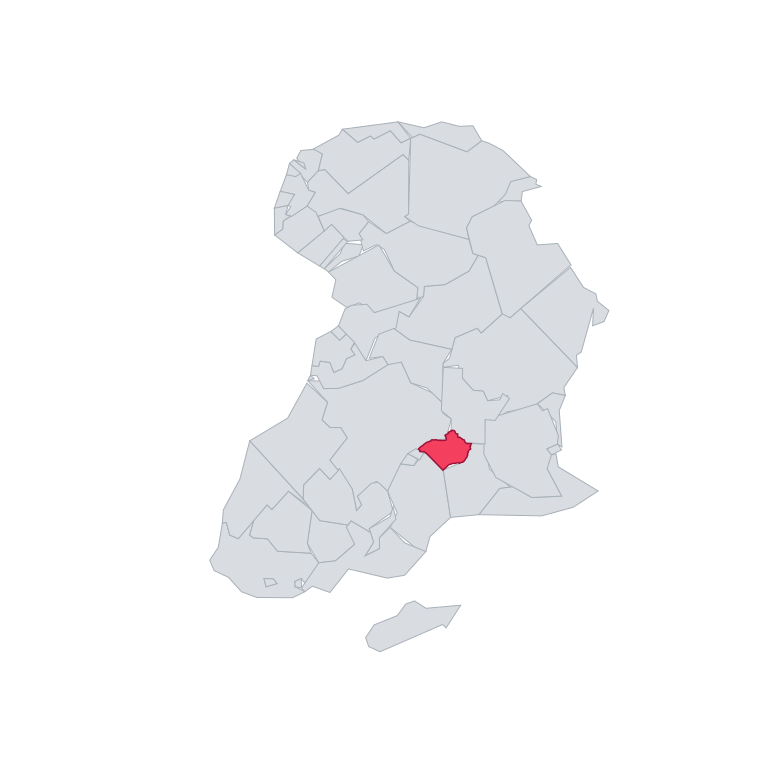 Africa, with Uganda highlighted, rotated 46°
{"feature_id": "UGA", "entity_name": "Uganda", "entity_type": "country or territory", "adm_level": 0, "iso_a3": "UGA", "parent_name": "Africa", "parent_adm1": "", "projection": "orthographic", "projection_center": [32.128, 1.375], "detail": "fine", "context": "in_parent", "style": "filled", "palette": "rose", "viewbox_px": 768, "rotation_deg": 46, "n_neighbors": 49, "source": "natural_earth", "source_scale": "50m", "svg_char_len": 12366}
<svg xmlns="http://www.w3.org/2000/svg" viewBox="0 0 768 768"><g transform="rotate(46 384 384)"><path d="M487.0,401.1L526.2,428.8L525.7,456.9L533.6,470.3L527.7,474.6L491.5,479.2L485.6,463.8L463.5,455.9L455.2,442.5L453.0,427.5L463.5,419.1L461.0,402.5L487.0,401.1Z" fill="#d9dde1" stroke="#a8b0b8" stroke-width="1"/><path d="M225.8,194.1L222.5,204.3L206.3,203.6L201.0,221.1L196.2,221.6L192.0,235.2L171.8,237.0L205.1,191.9L225.8,194.1Z" fill="#d9dde1" stroke="#a8b0b8" stroke-width="1"/><path d="M453.0,427.5L463.5,455.9L448.7,457.3L446.3,481.1L455.4,484.0L456.1,491.8L437.5,479.8L401.1,475.9L397.2,448.0L385.3,445.4L377.8,453.1L366.7,453.6L358.0,437.4L328.7,436.5L338.4,427.0L345.4,430.6L355.3,420.0L366.8,396.9L373.6,362.5L380.4,356.3L401.8,363.9L425.7,354.8L438.5,355.0L446.2,362.1L455.8,359.8L466.6,377.6L456.9,389.6L453.0,427.5Z" fill="#d9dde1" stroke="#a8b0b8" stroke-width="1"/><path d="M543.9,406.5L539.4,373.2L547.7,362.3L568.3,356.5L588.0,334.1L558.2,325.6L549.8,315.4L553.8,308.8L564.6,316.2L609.7,304.3L604.1,333.4L588.4,362.2L543.9,406.5Z" fill="#d9dde1" stroke="#a8b0b8" stroke-width="1"/><path d="M526.2,428.8L487.0,401.1L495.4,379.8L487.7,362.4L497.3,353.0L518.3,367.2L545.8,364.7L539.4,373.2L543.9,406.5L526.2,428.8Z" fill="#d9dde1" stroke="#a8b0b8" stroke-width="1"/><path d="M418.1,332.7L412.6,329.5L410.1,327.3L411.0,319.0L400.0,300.6L408.6,278.1L414.8,278.6L415.9,247.2L423.9,247.3L424.6,233.2L506.5,233.3L511.5,257.1L518.2,261.5L507.4,269.0L503.7,293.6L489.3,315.1L487.4,329.4L478.2,303.2L468.0,321.1L458.1,317.6L450.5,324.2L434.3,323.6L422.1,317.6L413.2,329.8L418.1,332.7Z" fill="#d9dde1" stroke="#a8b0b8" stroke-width="1"/><path d="M415.7,250.2L414.8,278.6L408.6,278.1L400.0,300.6L406.2,311.2L370.2,335.0L350.9,338.4L342.3,322.6L353.1,319.4L348.5,294.8L341.8,287.2L354.9,271.0L361.8,244.2L356.8,226.9L363.9,223.1L415.7,250.2Z" fill="#d9dde1" stroke="#a8b0b8" stroke-width="1"/><path d="M371.7,596.8L374.2,593.6L385.5,599.9L394.1,596.2L391.5,571.9L399.4,585.6L404.0,584.9L414.5,575.3L430.3,576.8L455.1,554.0L467.3,555.1L472.4,569.4L471.8,579.3L466.5,578.5L464.1,585.2L468.1,588.8L478.4,585.2L474.2,598.3L449.3,623.7L434.6,630.8L414.8,630.2L400.4,635.8L389.7,631.8L386.3,616.5L371.7,596.8ZM453.2,599.6L447.3,598.9L440.6,605.5L447.9,609.7L453.2,599.6Z" fill="#d9dde1" stroke="#a8b0b8" stroke-width="1"/><path d="M453.2,599.6L447.9,609.7L440.6,605.5L447.3,598.9L453.2,599.6Z" fill="#d9dde1" stroke="#a8b0b8" stroke-width="1"/><path d="M467.3,555.1L445.3,549.8L425.1,523.7L437.7,525.1L460.4,507.9L478.9,516.5L477.5,541.7L467.3,555.1Z" fill="#d9dde1" stroke="#a8b0b8" stroke-width="1"/><path d="M455.1,554.0L430.3,576.8L414.5,575.3L404.0,584.9L399.4,585.6L391.5,571.9L389.7,552.1L396.4,551.9L394.8,527.2L425.1,523.7L445.3,549.8L455.1,554.0Z" fill="#d9dde1" stroke="#a8b0b8" stroke-width="1"/><path d="M389.7,552.1L394.1,596.2L385.5,599.9L374.2,593.6L371.7,596.8L363.0,587.1L352.3,553.7L331.6,520.0L423.7,522.5L394.8,527.2L396.4,551.9L389.7,552.1Z" fill="#d9dde1" stroke="#a8b0b8" stroke-width="1"/><path d="M161.0,290.0L158.3,281.6L168.0,269.4L175.7,268.5L185.0,283.1L185.8,299.0L159.7,298.8L159.9,293.2L175.0,291.0L161.0,290.0Z" fill="#d9dde1" stroke="#a8b0b8" stroke-width="1"/><path d="M185.8,299.0L185.0,283.1L188.6,277.6L222.1,277.5L232.1,210.8L240.4,210.9L278.8,248.3L278.1,252.8L285.1,252.2L277.4,277.9L247.7,281.7L228.7,292.3L217.7,314.9L202.5,315.8L198.4,300.3L192.3,303.6L185.8,299.0Z" fill="#d9dde1" stroke="#a8b0b8" stroke-width="1"/><path d="M171.8,237.0L192.0,235.2L196.2,221.6L201.0,221.1L206.3,203.6L222.5,204.3L225.8,194.1L240.4,210.9L232.1,210.8L222.1,277.5L188.6,277.6L185.0,283.1L175.7,268.5L165.9,271.6L173.6,243.5L171.8,237.0Z" fill="#d9dde1" stroke="#a8b0b8" stroke-width="1"/><path d="M265.0,346.1L259.6,346.9L259.8,324.8L255.1,314.8L269.5,302.0L274.5,313.1L266.3,329.5L265.0,346.1Z" fill="#d9dde1" stroke="#a8b0b8" stroke-width="1"/><path d="M356.8,226.9L361.8,244.2L354.9,271.0L341.8,287.2L348.5,294.8L345.2,301.0L338.2,292.8L310.2,298.2L287.4,290.3L278.6,292.7L273.9,306.3L258.5,297.4L256.5,282.2L277.4,277.9L285.1,252.2L338.9,222.5L351.8,229.4L356.8,226.9Z" fill="#d9dde1" stroke="#a8b0b8" stroke-width="1"/><path d="M265.0,346.1L280.4,291.1L310.2,298.2L338.2,292.8L347.7,303.9L326.0,341.4L308.6,345.3L303.1,357.6L285.4,361.2L275.6,346.2L265.0,346.1Z" fill="#d9dde1" stroke="#a8b0b8" stroke-width="1"/><path d="M347.6,298.3L353.1,319.4L342.3,322.6L352.1,336.4L344.6,358.3L354.7,380.8L310.5,376.3L302.9,359.7L305.0,352.4L314.8,340.9L326.0,341.4L347.6,298.3Z" fill="#d9dde1" stroke="#a8b0b8" stroke-width="1"/><path d="M256.3,310.9L259.6,346.9L254.4,348.4L250.1,313.0L256.3,310.9Z" fill="#d9dde1" stroke="#a8b0b8" stroke-width="1"/><path d="M250.8,310.7L254.4,348.4L229.7,355.0L232.7,310.8L250.8,310.7Z" fill="#d9dde1" stroke="#a8b0b8" stroke-width="1"/><path d="M202.5,315.8L213.2,313.7L232.4,320.6L229.7,355.0L200.8,359.2L202.2,349.2L196.7,343.4L202.5,315.8Z" fill="#d9dde1" stroke="#a8b0b8" stroke-width="1"/><path d="M174.6,297.7L192.3,303.6L198.4,300.3L202.5,315.8L199.2,334.4L193.8,337.1L191.6,327.9L187.4,329.3L185.5,316.7L173.3,324.8L165.7,308.8L174.6,297.7Z" fill="#d9dde1" stroke="#a8b0b8" stroke-width="1"/><path d="M159.7,298.8L174.6,297.7L173.5,303.4L165.7,308.8L159.7,298.8Z" fill="#d9dde1" stroke="#a8b0b8" stroke-width="1"/><path d="M198.3,334.4L196.7,343.4L202.2,349.2L200.8,359.2L181.3,340.7L188.9,328.9L193.8,337.1L198.3,334.4Z" fill="#d9dde1" stroke="#a8b0b8" stroke-width="1"/><path d="M173.3,324.8L185.5,316.7L188.9,328.9L181.3,340.7L173.3,324.8Z" fill="#d9dde1" stroke="#a8b0b8" stroke-width="1"/><path d="M217.7,314.9L226.8,294.1L247.7,281.7L256.5,282.2L258.5,297.4L265.6,299.1L256.3,310.9L232.7,310.8L232.4,320.6L217.7,314.9Z" fill="#d9dde1" stroke="#a8b0b8" stroke-width="1"/><path d="M438.5,355.0L416.6,355.9L401.8,363.9L380.4,356.3L372.9,367.7L363.4,365.9L355.2,376.8L344.6,353.0L350.9,338.4L370.2,335.0L406.2,311.2L410.1,327.3L438.5,355.0Z" fill="#d9dde1" stroke="#a8b0b8" stroke-width="1"/><path d="M372.9,367.7L366.8,396.9L355.3,420.0L345.4,430.6L331.5,426.5L326.7,430.9L320.7,423.0L325.9,419.0L323.2,414.0L330.8,408.0L340.9,412.0L343.8,403.5L339.7,393.3L342.8,384.7L335.8,383.7L334.4,376.6L354.7,380.8L363.4,365.9L372.9,367.7Z" fill="#d9dde1" stroke="#a8b0b8" stroke-width="1"/><path d="M321.8,376.5L333.5,376.2L335.8,383.7L342.8,384.7L339.7,393.3L343.8,403.5L340.9,412.0L330.8,408.0L323.2,414.0L325.9,419.0L320.7,423.0L304.5,401.5L309.3,385.7L321.7,385.5L321.8,376.5Z" fill="#d9dde1" stroke="#a8b0b8" stroke-width="1"/><path d="M310.5,376.3L321.8,376.5L321.7,385.5L309.3,385.7L310.5,376.3Z" fill="#d9dde1" stroke="#a8b0b8" stroke-width="1"/><path d="M463.5,455.9L481.9,465.7L477.8,495.0L481.6,496.9L459.7,502.8L460.4,507.9L437.7,525.1L410.6,522.1L400.7,511.8L400.0,489.0L415.0,489.2L413.8,474.8L437.5,479.8L456.1,491.8L455.4,484.0L446.3,481.1L446.7,462.0L450.7,456.4L463.5,455.9Z" fill="#d9dde1" stroke="#a8b0b8" stroke-width="1"/><path d="M478.4,462.5L489.5,469.3L491.4,494.1L499.4,501.5L494.5,517.1L490.6,501.5L477.8,495.0L483.7,471.9L478.4,462.5Z" fill="#d9dde1" stroke="#a8b0b8" stroke-width="1"/><path d="M491.5,479.2L512.7,479.5L533.6,470.3L535.9,502.0L525.9,516.5L492.4,538.0L496.4,567.7L479.7,576.0L478.4,585.2L473.4,585.1L467.3,555.1L477.5,541.7L478.9,516.5L460.9,510.6L459.7,502.8L481.6,496.9L490.6,501.5L494.5,517.1L499.4,501.5L491.4,494.1L491.5,479.2Z" fill="#d9dde1" stroke="#a8b0b8" stroke-width="1"/><path d="M473.4,585.1L468.1,588.8L464.1,585.2L466.5,578.5L473.4,585.1Z" fill="#d9dde1" stroke="#a8b0b8" stroke-width="1"/><path d="M326.7,430.9L331.7,430.6L328.7,436.5L326.7,430.9ZM329.8,438.8L358.0,437.4L366.7,453.6L377.8,453.1L385.3,445.4L397.2,448.0L401.1,475.9L414.6,477.0L415.0,489.2L400.0,489.0L400.7,511.8L410.6,522.1L331.6,520.0L341.6,477.0L329.8,438.8Z" fill="#d9dde1" stroke="#a8b0b8" stroke-width="1"/><path d="M461.4,412.1L463.5,419.1L453.0,427.5L450.6,415.2L461.4,412.1Z" fill="#d9dde1" stroke="#a8b0b8" stroke-width="1"/><path d="M596.4,482.5L602.6,508.8L597.7,508.9L573.8,572.9L562.3,577.4L553.7,573.4L550.4,558.5L559.8,535.4L557.4,521.2L561.3,512.7L574.5,509.6L596.4,482.5Z" fill="#d9dde1" stroke="#a8b0b8" stroke-width="1"/><path d="M159.9,293.2L169.3,288.1L175.0,291.0L159.9,293.2Z" fill="#d9dde1" stroke="#a8b0b8" stroke-width="1"/><path d="M331.7,176.4L326.4,152.1L336.4,134.6L343.1,132.2L345.7,136.0L351.0,133.8L341.7,150.8L347.6,158.3L331.7,176.4Z" fill="#d9dde1" stroke="#a8b0b8" stroke-width="1"/><path d="M225.8,194.1L229.2,184.6L274.6,163.0L276.9,144.7L283.1,141.4L298.8,136.2L336.4,134.6L326.4,152.1L331.9,164.8L332.4,182.2L325.0,204.4L329.1,216.2L338.9,222.5L294.4,249.2L278.1,252.8L278.8,248.3L225.8,194.1Z" fill="#d9dde1" stroke="#a8b0b8" stroke-width="1"/><path d="M504.8,287.3L507.4,269.0L518.2,261.5L524.8,276.4L552.9,299.7L547.8,300.9L530.6,286.6L504.8,287.3Z" fill="#d9dde1" stroke="#a8b0b8" stroke-width="1"/><path d="M205.1,191.9L227.4,177.3L235.5,160.4L250.9,150.9L260.0,140.7L276.9,144.7L274.6,163.0L229.2,184.6L226.5,192.3L205.1,191.9Z" fill="#d9dde1" stroke="#a8b0b8" stroke-width="1"/><path d="M506.5,233.3L424.6,233.2L429.6,168.8L453.2,173.4L466.4,169.0L472.7,173.0L487.4,171.2L491.9,182.4L487.1,193.5L475.0,180.7L498.0,219.9L497.0,225.6L506.5,233.3Z" fill="#d9dde1" stroke="#a8b0b8" stroke-width="1"/><path d="M428.2,166.7L423.9,247.3L415.7,250.2L363.9,223.1L351.8,229.4L329.1,216.2L325.0,204.4L336.0,169.5L347.6,158.3L368.8,164.1L370.7,169.8L390.5,177.1L403.5,161.5L428.2,166.7Z" fill="#d9dde1" stroke="#a8b0b8" stroke-width="1"/><path d="M588.0,334.1L568.3,356.5L528.9,368.5L503.7,360.9L479.8,336.1L504.8,287.3L513.2,288.8L515.3,283.4L542.1,294.3L547.8,300.9L543.9,311.9L551.3,312.7L558.2,325.6L588.0,334.1Z" fill="#d9dde1" stroke="#a8b0b8" stroke-width="1"/><path d="M547.8,300.9L554.7,302.0L551.3,312.7L543.9,311.9L547.8,300.9Z" fill="#d9dde1" stroke="#a8b0b8" stroke-width="1"/><path d="M461.0,402.5L463.5,411.1L450.6,415.2L452.6,406.1L461.0,402.5Z" fill="#d9dde1" stroke="#a8b0b8" stroke-width="1"/><path d="M464.1,367.9L455.8,359.8L442.9,361.2L413.2,329.8L427.4,316.6L434.3,323.6L450.5,324.2L458.1,317.6L468.0,321.1L475.7,311.8L473.3,305.2L481.6,303.7L487.4,329.4L479.8,336.1L497.3,353.0L483.1,365.8L464.1,367.9Z" fill="#d9dde1" stroke="#a8b0b8" stroke-width="1"/><path d="M487.0,401.5L486.2,401.5L484.8,401.5L483.5,401.5L482.2,401.5L480.9,401.5L479.5,401.5L478.2,401.5L476.9,401.5L475.6,401.5L474.2,401.5L472.9,401.5L471.6,401.5L470.3,401.5L468.9,401.5L467.6,401.5L466.3,401.5L465.0,401.5L464.2,401.5L463.9,401.5L463.4,401.6L462.9,401.9L462.3,402.0L461.8,402.0L461.7,402.0L461.4,402.0L460.9,402.0L460.6,402.1L460.3,402.4L460.0,402.9L459.4,403.4L459.0,403.9L458.6,404.3L457.8,404.8L457.4,405.0L457.1,405.0L457.0,404.9L456.7,404.1L455.0,404.4L454.7,404.4L454.7,404.2L454.6,402.4L454.6,401.3L454.8,400.7L454.9,399.9L455.0,399.2L455.3,398.1L455.1,397.4L455.5,394.9L455.6,394.5L455.8,393.3L456.0,393.0L456.2,392.8L456.5,392.1L457.0,390.9L457.4,390.3L457.3,389.0L457.4,388.2L458.2,387.6L459.2,386.8L459.7,385.8L460.3,385.2L461.4,384.8L464.9,381.5L466.5,379.7L467.2,378.8L467.2,378.5L467.4,378.1L467.1,377.7L466.8,377.4L466.6,377.1L466.4,377.0L465.9,377.0L465.7,376.8L465.4,376.4L465.1,376.1L464.1,376.2L463.3,375.8L463.3,375.2L463.6,374.1L464.2,372.8L464.2,372.5L464.1,372.2L464.0,371.9L463.8,371.7L463.5,371.4L463.7,370.5L464.1,369.6L464.4,369.1L464.6,368.7L464.6,368.2L464.1,368.0L464.4,367.6L464.8,367.0L465.7,366.3L466.5,365.8L467.0,365.8L468.0,366.2L468.9,366.6L469.4,366.7L470.0,366.5L471.3,365.7L471.6,366.0L472.0,366.4L472.4,367.2L473.1,367.5L473.5,367.8L473.8,367.8L474.0,367.8L474.3,367.2L474.6,366.8L475.3,366.4L476.8,366.1L477.8,366.0L478.3,365.9L479.0,365.7L480.2,365.1L481.4,365.9L482.6,366.1L483.9,366.1L484.2,365.8L484.5,365.6L485.7,364.4L487.5,362.6L488.6,365.1L489.0,365.2L489.0,365.4L488.9,365.6L489.7,366.2L490.6,366.5L490.9,366.8L491.0,367.2L490.6,368.6L490.7,369.0L491.0,370.5L491.6,370.8L492.1,372.3L493.1,372.9L493.2,373.0L493.4,373.8L493.7,374.5L494.0,374.7L494.4,375.6L494.3,376.0L494.5,377.4L494.9,378.7L495.0,380.2L495.0,380.8L495.0,381.2L494.9,381.8L494.7,382.1L494.4,382.5L494.0,383.0L493.7,383.5L493.5,383.8L493.7,384.6L493.6,384.8L493.1,385.0L492.5,385.2L492.2,385.4L491.7,385.8L491.3,386.3L490.8,387.6L489.9,388.6L489.7,388.9L488.9,389.6L488.5,390.3L488.3,391.2L488.0,391.9L487.3,392.8L487.1,394.2L487.1,397.0L487.0,400.3L487.0,401.5Z" fill="#f43f5e" stroke="#9f1239" stroke-width="1.5"/></g></svg>